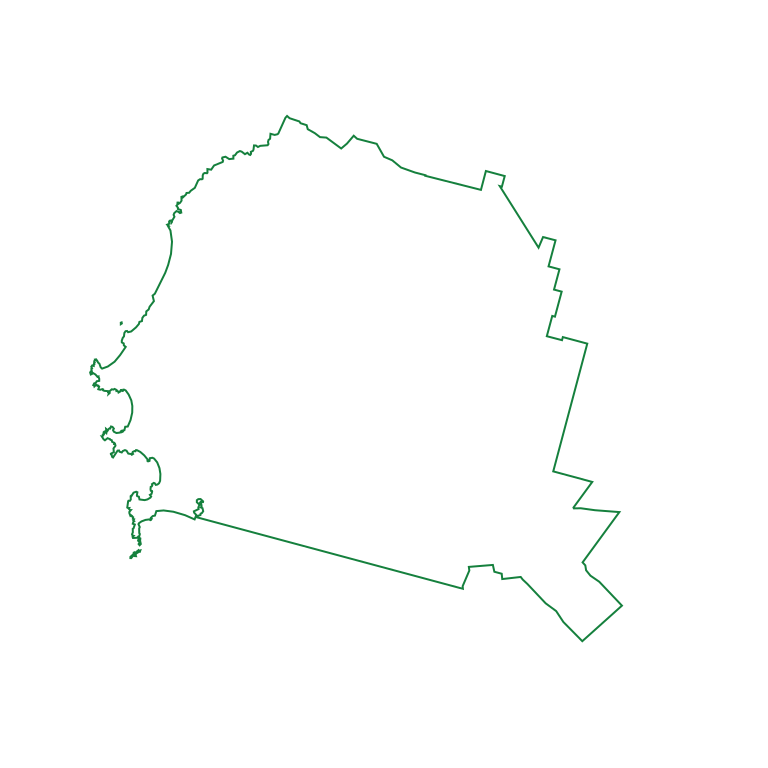 Jerramungup, Western Australia, Australia (Natural Earth projection), rotated 105°
{"feature_id": "25037944B23551861043119", "entity_name": "Jerramungup", "entity_type": "district", "adm_level": 2, "iso_a3": "AUS", "parent_name": "Australia", "parent_adm1": "Western Australia", "projection": "natural_earth1", "projection_center": [119.283, -34.031], "detail": "fine", "context": "isolated", "style": "outline", "palette": "green", "viewbox_px": 768, "rotation_deg": 105, "n_neighbors": 0, "source": "geoboundaries", "source_scale": "gbopen_adm2", "svg_char_len": 6170}
<svg xmlns="http://www.w3.org/2000/svg" viewBox="0 0 768 768"><g transform="rotate(105 384 384)"><path d="M287.5,633.4L291.0,630.0L301.4,625.6L313.5,623.4L324.8,623.3L333.3,624.1L356.1,628.7L358.5,630.4L363.5,627.7L370.0,630.4L372.9,630.6L375.4,632.4L378.8,631.7L380.1,633.5L382.6,634.5L385.9,634.1L387.3,636.3L389.5,636.3L393.5,638.2L398.7,641.8L400.2,644.6L399.3,645.9L399.9,647.3L401.9,648.0L405.3,647.5L407.1,648.3L410.1,648.5L411.7,648.0L412.2,645.9L414.0,645.3L415.0,643.1L424.4,646.4L432.2,650.0L438.6,655.3L442.1,660.3L441.2,662.0L438.0,664.2L437.4,665.6L435.6,667.2L435.6,668.0L434.9,668.2L434.2,669.0L434.7,668.7L435.1,669.4L435.8,668.7L435.8,669.3L436.8,669.8L438.0,669.6L438.3,669.0L439.2,669.4L440.0,668.9L440.5,669.5L441.7,669.1L441.7,670.7L443.1,671.2L444.5,670.0L445.2,670.6L448.0,669.2L448.0,670.6L449.0,670.8L450.7,669.7L449.6,668.4L448.6,668.3L449.5,665.2L450.9,663.1L450.6,661.9L451.4,662.0L451.4,661.3L452.7,660.4L454.7,659.9L455.7,662.2L457.6,662.7L458.4,664.1L460.3,664.5L460.4,663.6L461.3,663.1L459.3,661.9L459.5,660.0L459.9,660.2L460.3,658.5L463.0,658.6L463.0,656.6L461.8,654.6L461.9,653.9L462.8,653.7L463.0,652.4L462.3,648.6L463.5,648.4L463.8,647.4L464.8,647.4L463.6,646.6L462.2,647.3L459.6,645.6L459.4,643.9L458.5,643.0L458.9,641.1L459.9,640.7L459.5,640.1L460.2,639.4L459.9,638.2L460.7,638.0L459.6,636.9L457.9,636.6L457.7,636.0L458.5,635.0L458.2,634.4L456.9,634.3L456.7,633.5L457.1,631.8L460.3,627.9L465.3,623.8L470.4,621.4L476.8,619.8L484.4,619.5L491.4,620.5L492.3,622.9L495.8,622.8L496.7,624.6L497.5,623.9L498.2,624.6L498.6,625.2L498.0,625.9L499.3,626.5L500.6,629.8L500.0,632.6L498.7,633.8L497.0,633.4L495.7,635.2L495.7,636.7L497.7,636.9L497.6,637.4L498.6,638.2L500.7,638.9L500.4,639.5L500.8,639.7L503.1,639.5L502.4,640.5L503.0,640.5L502.9,641.2L503.6,641.3L502.6,642.0L503.0,642.3L506.1,642.0L506.2,642.5L507.9,642.3L507.9,642.8L510.0,640.5L510.6,639.0L507.9,637.0L508.2,634.3L508.7,633.9L508.8,632.4L510.3,631.6L510.6,629.3L511.8,629.2L511.6,628.2L513.1,627.4L516.3,628.6L519.8,627.3L522.0,629.8L522.5,629.6L522.3,629.0L524.7,627.8L525.1,626.7L517.3,624.1L516.8,622.7L517.9,621.9L518.0,619.6L516.3,618.9L514.9,617.1L515.1,615.4L517.4,613.0L517.1,610.2L517.6,609.3L516.5,608.3L515.7,609.2L514.6,609.1L513.3,607.6L513.3,606.7L512.0,606.4L511.9,605.3L512.7,601.8L515.0,597.1L518.1,592.8L519.5,592.6L519.8,591.9L519.0,590.6L516.3,591.0L515.2,588.6L515.5,586.8L518.4,582.8L523.4,579.1L528.8,576.7L535.5,575.2L538.1,575.6L539.7,576.8L540.5,578.3L539.2,579.8L539.1,580.8L540.8,582.2L541.5,581.6L543.0,581.8L543.7,582.7L546.1,582.3L547.5,581.6L547.4,580.4L547.9,580.1L550.3,580.1L551.7,581.4L552.9,579.8L554.2,580.2L556.7,582.6L558.1,585.1L558.8,590.3L556.3,591.6L556.2,593.4L555.4,593.9L552.4,594.2L552.2,595.5L553.8,597.8L557.5,598.9L557.3,599.3L557.9,599.7L561.1,598.7L562.6,599.2L562.9,600.6L563.5,600.8L569.8,600.0L570.1,599.0L569.7,597.9L570.7,598.0L571.5,596.8L571.3,595.9L573.5,596.9L574.7,596.5L576.9,594.9L576.2,594.4L576.7,593.2L577.2,593.2L577.6,591.8L579.2,591.7L579.3,590.4L580.7,590.8L581.2,589.8L581.9,590.4L584.0,590.5L584.2,588.3L588.3,588.6L589.0,589.2L592.3,588.2L594.4,588.5L595.3,587.8L595.4,586.5L596.7,587.3L597.7,586.6L596.4,582.6L594.8,581.8L594.5,581.0L592.1,581.0L591.4,581.8L586.9,583.1L585.4,582.9L582.9,584.9L581.8,584.6L579.5,582.7L577.0,579.2L575.5,575.6L576.0,574.5L575.6,573.9L574.6,573.6L574.7,574.3L573.7,574.6L571.4,573.2L570.4,571.2L565.7,571.0L563.2,564.2L561.9,554.4L562.2,542.2L563.8,531.9L559.1,531.4L557.4,534.1L556.2,534.7L552.8,530.7L551.3,531.4L548.4,531.0L546.6,534.2L544.7,534.7L543.3,533.6L542.6,531.4L543.9,528.9L544.6,529.3L544.7,527.4L545.2,530.5L547.0,531.2L547.9,530.8L548.0,530.4L546.3,530.8L546.1,529.9L549.4,528.5L550.6,529.0L550.9,527.2L553.7,525.7L555.8,526.5L556.7,527.6L558.1,527.4L559.6,529.8L561.2,530.7L561.4,254.8L558.9,255.7L542.1,253.3L538.7,254.7L530.6,232.0L536.8,228.8L536.8,221.2L541.8,219.3L535.0,202.0L537.0,199.4L540.0,193.8L554.0,171.1L558.8,158.9L567.5,149.1L581.1,125.9L536.5,96.8L519.3,124.9L515.7,135.0L511.6,140.6L507.1,142.6L504.9,146.0L446.8,123.5L451.3,147.5L453.1,161.8L455.0,168.4L454.3,169.0L424.7,157.5L424.6,197.9L292.4,198.1L292.4,223.4L295.6,223.4L295.7,239.1L274.7,239.1L274.7,236.3L248.8,236.3L248.8,244.2L227.8,244.2L227.8,255.5L200.8,255.5L200.9,268.4L212.3,270.0L162.9,323.4L162.9,321.2L151.9,321.2L151.9,340.7L171.4,340.6L172.2,398.0L171.6,398.0L171.7,408.8L170.5,423.6L165.8,433.9L164.5,442.8L153.9,453.2L154.1,473.4L152.0,477.5L161.4,482.0L167.6,486.3L160.9,503.4L162.1,509.7L159.6,515.8L157.6,523.6L154.0,525.7L153.7,532.1L152.3,533.7L151.7,544.0L150.2,547.0L152.3,548.1L169.4,550.9L170.3,551.5L171.7,554.1L171.7,558.4L176.6,557.5L178.1,558.7L180.2,558.7L182.1,557.7L183.5,558.2L186.0,565.2L187.7,567.1L186.8,569.4L187.2,571.3L191.5,570.7L192.8,571.0L194.2,572.7L196.1,572.0L197.4,572.5L197.3,573.6L196.0,575.8L198.0,577.8L196.4,581.6L196.3,583.5L198.5,585.9L201.6,587.1L202.5,588.6L205.3,587.8L206.8,591.7L205.5,595.9L207.0,598.7L208.0,598.8L210.0,597.2L211.3,597.3L216.9,604.7L221.7,606.4L222.1,610.2L225.6,609.2L226.2,609.5L226.6,611.8L227.5,612.8L229.3,613.1L232.7,612.3L233.4,612.9L233.8,614.7L235.5,616.2L243.5,617.5L247.4,620.7L249.7,621.7L250.6,624.2L252.2,624.3L256.2,626.8L256.3,627.2L255.2,627.4L255.7,628.1L259.3,627.0L261.8,627.9L262.9,628.9L262.0,629.8L262.2,630.4L264.4,630.0L265.6,630.6L267.0,628.7L268.3,628.4L268.5,625.3L270.9,624.2L271.7,625.3L271.5,625.8L271.2,625.2L270.9,626.0L270.7,629.2L273.2,630.8L275.1,631.0L276.7,629.7L281.0,630.9L282.6,630.8L283.1,631.0L281.1,631.9L281.8,633.3L283.0,633.6L284.7,632.8L286.2,634.6L287.1,632.8L287.5,633.4ZM609.4,579.1L611.3,579.8L610.9,581.1L611.6,582.0L612.8,581.3L612.9,582.0L614.3,581.9L614.8,580.6L614.5,579.0L613.2,579.8L611.8,579.4L609.4,577.1L609.3,576.4L607.8,576.3L608.3,577.2L608.0,578.1L609.6,578.5L609.4,579.1ZM598.6,579.0L596.2,579.4L595.8,580.9L599.0,581.0L599.9,579.0L602.1,579.6L603.0,578.3L601.5,577.5L598.6,579.0ZM616.6,584.2L617.8,583.9L617.6,583.1L615.1,582.0L613.7,582.3L616.6,584.2ZM394.3,653.7L393.4,652.9L392.4,653.4L392.9,654.1L394.3,653.7ZM499.3,640.8L500.3,640.4L500.8,639.8L499.7,639.9L499.3,640.8Z" fill="none" stroke="#15803d" stroke-width="2"/></g></svg>